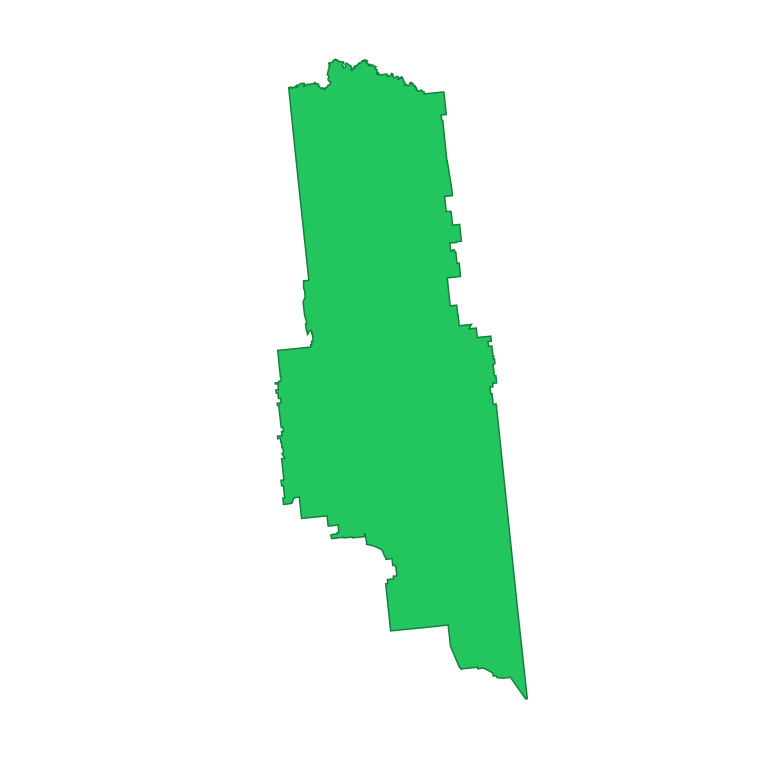 the district of Plantagenet, Western Australia, Australia, rotated 84°
{"feature_id": "25037944B3535860838783", "entity_name": "Plantagenet", "entity_type": "district", "adm_level": 2, "iso_a3": "AUS", "parent_name": "Australia", "parent_adm1": "Western Australia", "projection": "natural_earth1", "projection_center": [117.015, -34.625], "detail": "fine", "context": "isolated", "style": "filled", "palette": "green", "viewbox_px": 768, "rotation_deg": 84, "n_neighbors": 0, "source": "geoboundaries", "source_scale": "gbopen_adm2", "svg_char_len": 5833}
<svg xmlns="http://www.w3.org/2000/svg" viewBox="0 0 768 768"><g transform="rotate(84 384 384)"><path d="M712.0,274.4L620.2,274.7L422.3,274.5L419.6,274.6L418.6,274.6L418.4,274.2L417.8,274.4L417.7,274.5L416.8,274.5L416.0,274.9L415.5,274.7L415.5,277.6L404.9,277.6L404.9,278.9L398.2,278.9L398.2,275.9L394.7,275.9L394.7,271.8L387.4,271.9L387.4,273.4L376.0,273.4L375.3,271.5L370.5,271.5L370.5,272.8L368.2,272.8L367.9,271.9L367.2,272.7L357.5,272.7L357.5,276.1L352.7,276.1L352.7,272.8L347.6,272.8L347.5,286.4L338.0,286.4L338.0,293.7L333.9,290.8L333.9,303.1L323.1,303.1L323.1,303.4L313.2,303.4L313.2,310.0L285.1,310.0L285.1,296.7L271.7,296.5L271.7,298.8L260.5,298.8L260.5,299.5L259.9,299.8L259.1,299.7L257.8,300.3L258.0,300.8L257.9,301.4L258.2,302.5L258.9,302.5L258.6,303.8L250.3,303.8L250.8,302.3L250.8,296.9L250.1,296.4L250.0,292.1L233.2,292.1L233.2,299.2L220.1,299.2L219.2,299.7L219.2,302.1L218.8,303.5L219.0,304.1L203.8,304.1L203.8,296.2L197.4,296.2L191.0,296.5L168.8,297.8L168.8,298.1L128.1,298.0L128.1,299.0L122.5,299.0L122.5,293.9L100.2,293.9L99.8,294.1L99.7,313.8L99.1,313.4L98.1,313.5L97.6,313.9L97.1,315.1L96.1,315.6L95.6,316.2L95.6,317.1L96.5,317.8L95.6,320.7L95.4,321.0L95.1,321.0L94.4,320.4L92.5,321.1L92.6,321.8L91.0,321.7L90.8,322.0L90.9,323.3L90.3,323.5L89.1,323.1L88.9,323.2L88.6,324.1L88.6,325.1L88.3,325.3L87.1,324.8L86.8,325.1L87.1,325.9L87.2,326.7L87.6,327.2L89.1,327.3L89.8,328.1L89.7,329.2L88.5,330.5L88.8,331.4L89.1,332.0L89.0,332.3L88.8,332.5L88.5,332.5L87.6,331.6L85.9,332.1L84.2,333.0L81.7,333.4L80.5,334.0L80.4,334.7L80.6,335.0L81.7,335.1L81.6,335.7L81.3,336.0L81.5,336.6L81.4,337.2L81.9,337.4L82.5,337.1L82.9,338.0L82.6,338.3L80.2,337.8L79.5,338.2L79.4,338.9L79.9,339.8L80.3,341.6L79.9,342.8L76.9,342.7L76.4,343.2L76.0,344.0L76.0,344.3L76.3,344.5L77.7,344.4L78.1,344.9L78.3,345.2L78.1,346.4L78.5,347.6L78.1,348.7L77.4,348.2L76.7,348.1L76.0,349.2L75.9,351.3L76.1,352.2L76.1,353.1L76.4,354.5L76.2,355.3L76.2,356.4L75.9,356.6L74.5,356.6L73.9,357.0L75.0,357.7L75.3,358.7L75.1,358.9L74.4,358.6L74.3,358.8L73.4,358.3L70.9,358.1L70.5,358.2L70.1,358.9L70.2,359.4L69.7,359.8L68.6,359.6L67.6,358.8L66.6,361.4L65.7,361.5L65.6,362.0L66.0,362.6L66.0,363.5L65.0,363.7L64.6,364.7L64.7,364.9L65.5,364.9L65.7,365.9L64.5,365.9L64.3,366.1L64.4,366.5L63.7,366.6L63.2,366.9L62.8,367.4L62.7,367.9L62.2,368.2L61.8,367.7L61.0,366.6L60.4,367.1L60.5,367.9L60.7,368.3L60.8,368.4L60.8,368.6L60.3,369.0L59.6,369.1L59.5,369.4L59.7,369.7L60.4,369.8L61.1,370.6L60.1,371.2L60.4,372.0L61.2,372.9L62.0,373.1L62.6,373.6L62.6,374.5L62.1,375.1L62.1,375.5L62.9,375.5L63.4,376.5L64.2,376.9L64.6,379.6L65.1,380.0L65.1,379.7L65.6,379.1L66.4,379.8L66.5,380.3L66.4,381.0L67.6,381.5L67.8,382.1L68.4,382.6L68.5,383.2L68.2,384.0L67.6,384.2L67.0,383.4L66.6,383.3L66.2,382.9L65.4,383.5L64.4,383.6L63.6,384.4L63.4,385.0L62.2,386.4L61.2,387.3L61.1,388.5L61.2,388.8L62.1,389.4L64.1,388.6L65.2,389.9L65.3,391.1L63.7,391.5L63.5,392.1L63.3,392.2L61.8,391.7L59.8,390.4L59.1,391.5L59.3,392.1L58.9,393.8L58.9,394.8L58.2,395.1L57.7,395.7L57.0,396.4L57.6,397.3L57.6,397.7L57.0,397.8L56.5,397.7L56.0,398.0L56.7,400.6L57.7,400.8L58.5,401.3L58.8,402.5L58.8,404.6L59.2,405.4L60.1,405.4L60.8,404.4L61.2,404.4L61.6,404.7L61.6,405.1L62.0,405.5L65.3,405.7L66.0,406.8L66.7,406.9L67.2,406.6L68.6,407.5L70.5,408.0L71.0,407.7L71.4,406.9L72.6,406.8L73.0,406.6L73.4,406.8L73.8,407.4L75.2,407.8L76.2,407.7L76.9,407.3L77.9,405.4L78.2,405.3L79.3,406.2L80.4,406.5L81.0,407.3L80.9,408.2L81.5,409.0L82.7,409.1L83.2,409.7L83.2,410.0L83.0,410.5L83.1,411.1L85.0,412.1L85.1,412.6L84.7,413.0L83.8,412.7L83.7,413.0L84.0,413.7L83.1,413.9L82.9,414.2L83.5,416.2L83.4,416.4L81.9,416.7L81.1,417.9L79.4,417.6L79.0,417.7L78.8,418.1L78.9,419.1L78.7,419.4L78.3,419.4L78.6,420.6L78.6,421.1L77.1,420.9L77.3,422.0L78.1,423.4L78.2,424.1L78.0,424.5L78.0,425.3L78.8,426.2L78.2,426.6L78.0,428.1L77.9,428.9L78.6,430.0L78.6,430.8L79.1,431.2L79.2,431.9L79.6,432.1L79.8,432.8L79.1,432.8L78.6,432.2L76.9,431.6L76.5,432.8L76.8,432.9L76.8,433.4L76.2,434.9L76.9,435.3L77.2,436.8L77.6,437.1L77.8,437.9L77.8,439.5L78.4,439.7L78.7,439.3L79.6,439.0L79.6,439.8L79.2,439.9L78.7,440.6L78.8,440.9L79.7,441.4L79.2,441.8L79.2,442.1L79.7,442.4L79.6,442.9L80.0,444.4L78.9,445.5L79.0,446.3L79.6,446.3L79.9,446.8L79.4,447.8L143.4,448.0L273.0,447.9L273.0,453.3L280.0,453.9L283.5,453.2L289.3,453.3L293.6,455.8L294.4,455.9L307.3,455.8L313.8,454.6L315.7,454.7L315.8,455.7L322.8,455.6L322.8,455.1L326.8,454.9L325.7,453.8L324.1,453.2L323.0,451.3L323.7,450.6L326.3,450.6L326.3,450.0L333.9,449.9L333.9,451.7L337.3,451.6L337.3,452.9L339.5,452.9L339.6,455.2L339.5,486.2L366.0,486.3L366.0,485.9L370.3,485.9L370.3,488.4L371.6,488.4L371.6,492.1L372.6,492.1L372.7,489.6L378.6,489.6L378.6,492.1L381.8,492.1L381.8,490.5L387.5,490.5L387.5,488.3L392.0,488.3L392.0,492.3L394.2,492.3L394.2,491.0L416.4,490.8L416.4,489.0L420.6,489.0L420.6,490.9L424.7,490.9L424.7,495.4L427.3,495.4L427.3,492.7L430.9,492.7L430.9,492.2L436.7,492.2L436.7,491.2L442.1,491.2L442.6,492.8L447.6,490.4L447.6,493.6L468.9,493.6L468.9,496.5L474.5,496.5L474.5,494.7L486.9,494.7L486.8,496.5L493.3,496.5L493.3,492.0L493.1,490.8L493.1,488.1L488.0,485.7L487.4,480.1L509.1,480.0L509.2,454.4L519.5,454.4L519.5,444.4L526.8,444.4L526.9,446.1L528.3,446.1L528.1,449.4L528.7,452.7L532.3,452.2L532.2,439.9L532.9,439.9L532.9,431.3L533.7,431.3L533.8,419.3L530.9,419.3L530.9,418.6L539.8,417.8L541.3,418.1L541.7,418.0L543.8,411.6L548.3,403.8L549.2,403.2L555.8,401.3L556.8,400.4L558.6,400.4L558.6,394.3L565.3,394.3L565.3,393.1L566.1,392.2L566.1,391.3L576.1,391.3L576.1,394.9L578.8,394.9L578.8,401.1L582.9,401.1L582.9,403.2L630.2,403.2L630.5,360.4L630.4,345.4L651.9,345.3L672.7,338.9L675.9,337.0L675.4,336.6L675.5,320.5L677.1,320.5L676.8,314.9L682.7,306.0L685.9,306.0L685.9,303.1L688.0,301.9L689.0,296.1L689.0,288.9L711.9,276.1L712.0,274.4Z" fill="#22c55e" stroke="#15803d" stroke-width="1.5"/></g></svg>